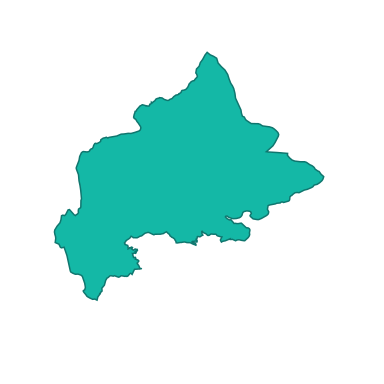 the district of Sopotu Nou, Caras-Severin, Romania, rotated 111°
{"feature_id": "2599482B45172043222340", "entity_name": "Sopotu Nou", "entity_type": "district", "adm_level": 2, "iso_a3": "ROU", "parent_name": "Romania", "parent_adm1": "Caras-Severin", "projection": "albers", "projection_center": [21.877, 44.803], "detail": "fine", "context": "isolated", "style": "filled", "palette": "teal", "viewbox_px": 384, "rotation_deg": 111, "n_neighbors": 0, "source": "geoboundaries", "source_scale": "gbopen_adm2", "svg_char_len": 6091}
<svg xmlns="http://www.w3.org/2000/svg" viewBox="0 0 384 384"><g transform="rotate(111 192 192)"><path d="M288.2,301.6L288.4,297.5L290.8,295.0L290.9,293.8L289.4,291.6L296.1,286.0L309.2,277.4L310.1,276.6L310.5,274.4L310.6,272.1L310.5,271.2L309.5,269.0L309.4,266.0L310.0,264.2L315.6,259.5L318.3,257.9L319.4,257.3L321.8,257.1L323.0,258.1L323.8,257.8L324.5,256.8L325.9,254.3L326.9,252.9L327.2,252.0L327.6,249.4L327.8,246.3L326.8,244.4L327.0,241.9L323.7,242.3L320.7,241.5L320.1,241.7L320.1,241.3L317.9,241.2L317.4,240.7L317.0,240.5L316.1,240.7L314.2,241.7L310.4,240.4L305.4,240.9L302.9,240.5L301.8,239.6L299.8,238.6L299.2,237.7L298.9,235.9L298.6,235.0L297.9,234.4L297.9,231.3L297.8,230.0L297.2,229.2L295.9,228.4L295.4,227.6L294.8,224.3L294.2,223.5L294.2,222.6L293.5,221.8L290.5,220.7L289.9,220.2L289.9,219.5L290.4,218.4L284.8,218.0L282.7,213.6L282.7,213.3L282.1,212.5L281.9,212.0L281.7,212.0L281.9,213.5L280.7,214.4L279.7,215.4L279.3,216.0L279.1,216.7L278.1,217.7L277.7,217.3L277.3,217.4L275.5,216.9L275.2,217.3L274.8,218.4L275.1,219.0L274.7,219.8L275.0,220.8L273.6,221.1L273.3,221.5L274.1,223.1L272.8,224.0L272.3,224.7L271.8,224.7L270.8,225.5L270.7,224.9L270.1,224.5L269.6,223.8L269.6,222.8L269.4,222.6L268.5,222.5L268.4,223.3L268.1,223.7L267.6,223.4L267.4,222.6L266.3,222.0L265.9,222.1L265.2,222.6L265.2,222.9L265.8,223.2L265.9,223.6L265.5,224.3L265.9,225.0L267.2,225.7L267.3,226.0L267.1,226.7L266.7,227.3L266.9,227.9L266.7,228.3L266.2,228.3L265.3,227.7L265.0,228.5L266.2,229.8L266.4,230.3L267.1,230.4L267.9,231.2L267.2,231.3L267.0,231.8L265.9,232.1L264.9,232.9L265.0,235.6L264.7,235.6L263.7,236.8L261.8,236.1L261.1,236.2L257.5,233.6L255.1,233.0L255.5,230.6L255.7,230.4L254.4,226.8L253.4,225.9L252.0,224.8L251.0,223.3L247.3,221.1L245.4,218.5L245.3,217.0L245.6,213.4L245.6,212.2L244.7,211.4L242.7,206.4L240.9,203.6L240.1,203.2L238.3,201.6L239.3,199.3L239.7,197.8L240.8,196.8L241.0,195.9L241.5,194.6L241.5,193.6L241.9,192.1L242.3,191.2L242.9,190.7L243.9,189.3L245.1,188.6L244.9,187.6L243.3,184.8L242.8,183.6L242.1,182.6L241.2,180.7L241.1,178.7L240.1,175.9L240.0,174.3L240.2,173.5L240.3,171.4L240.1,170.9L240.3,170.2L240.3,169.3L239.9,169.3L238.5,170.6L238.6,171.9L238.8,172.9L238.8,173.5L238.4,174.1L237.9,173.8L237.8,173.3L236.3,170.8L236.3,170.4L237.1,170.0L236.7,169.4L235.2,170.0L234.6,171.3L233.5,170.7L232.7,170.8L232.2,171.0L231.7,171.0L231.4,170.6L231.2,169.1L230.6,168.1L229.5,167.5L228.4,166.4L227.2,167.9L225.3,168.7L225.0,168.3L225.5,167.5L225.9,166.6L225.9,164.3L226.9,161.8L226.7,161.2L226.3,160.5L224.4,159.2L223.5,156.1L223.0,155.3L222.9,154.3L223.6,153.2L223.8,152.6L223.5,149.2L223.2,148.0L226.6,148.3L227.3,147.7L228.2,146.6L227.0,145.6L225.6,143.4L222.2,139.8L222.7,139.8L222.4,138.6L221.7,137.4L221.9,133.8L220.7,132.8L219.7,131.0L219.4,128.5L218.9,126.2L218.6,125.3L214.6,123.3L213.2,122.9L212.1,122.8L210.7,123.0L209.8,123.7L206.7,124.3L205.7,125.3L205.4,127.0L205.9,128.0L205.7,129.1L203.4,134.7L203.9,135.8L204.9,137.4L205.4,138.7L205.7,140.3L206.3,141.5L205.2,143.3L204.0,145.8L204.7,147.1L204.3,149.9L203.3,151.9L202.7,151.9L202.2,151.3L201.9,150.4L202.4,149.1L202.5,147.6L202.4,146.5L202.5,145.3L201.9,143.4L200.9,141.2L199.0,138.5L197.8,137.6L196.0,137.0L193.0,137.2L191.7,136.5L190.0,134.1L189.4,131.7L189.4,130.2L190.8,128.9L193.1,129.4L193.9,128.8L195.2,125.3L194.4,121.3L193.9,119.9L191.8,117.7L187.3,114.0L185.7,113.1L184.3,113.0L183.0,113.3L181.1,115.4L177.4,116.1L176.3,114.9L173.2,109.9L172.1,108.8L170.6,105.7L169.6,105.2L168.9,104.2L169.0,102.8L166.1,98.9L165.3,98.2L164.8,98.1L164.1,98.1L161.6,98.8L160.8,98.6L160.0,98.2L159.5,97.6L158.4,97.2L155.9,95.7L154.8,93.8L154.3,91.8L149.9,87.8L148.2,85.3L145.1,82.1L143.9,81.1L141.7,80.4L140.0,77.9L137.7,76.2L135.0,74.8L133.4,74.4L130.5,74.5L129.8,76.0L129.4,77.5L127.3,80.7L127.3,82.2L126.5,85.3L125.6,86.3L125.0,87.4L124.4,89.5L124.3,91.7L123.3,95.8L123.4,97.7L124.9,101.6L126.3,107.1L126.3,110.0L125.2,113.1L123.6,116.0L121.7,116.6L124.4,125.9L127.3,135.1L127.7,137.0L119.9,133.0L116.1,132.2L108.9,131.4L107.2,131.7L105.7,133.1L104.6,135.4L103.7,137.8L103.2,139.9L103.4,143.0L105.0,149.7L104.8,151.1L104.4,152.4L104.5,154.6L106.9,161.3L105.6,167.0L104.9,168.3L103.3,170.0L103.2,172.1L100.7,174.1L97.9,175.7L88.8,185.0L84.5,187.3L80.5,190.1L78.4,192.3L76.6,194.8L73.2,197.9L69.5,200.8L66.3,205.0L64.5,209.5L62.2,213.9L58.3,216.9L57.6,220.5L57.4,224.2L56.2,227.9L59.3,228.9L64.6,229.6L68.1,230.6L72.1,230.4L75.6,231.9L79.5,231.1L80.1,230.1L81.9,228.5L83.0,228.5L85.8,229.6L87.1,229.8L88.1,231.2L89.4,232.4L90.5,232.6L91.4,233.2L92.3,233.4L94.5,233.4L96.0,233.6L98.4,234.5L99.9,236.1L100.1,236.7L100.9,237.8L101.8,238.0L103.0,237.9L103.8,238.4L104.9,239.5L105.5,239.3L106.8,240.8L107.1,241.6L109.5,243.2L111.9,244.1L113.6,246.0L114.8,246.6L115.4,248.0L115.5,251.2L114.9,253.6L115.6,256.3L116.3,256.5L117.0,257.8L117.8,258.6L118.3,259.0L120.2,259.4L121.9,260.6L123.1,261.1L123.1,261.5L122.8,262.1L124.0,261.8L125.2,262.5L125.3,262.9L126.7,262.7L127.1,262.9L127.6,264.1L127.8,265.3L128.0,265.3L128.2,265.8L128.0,266.5L128.3,269.5L128.7,270.0L129.6,270.6L130.2,271.3L134.8,273.0L136.4,273.1L137.1,274.0L138.9,273.7L140.0,273.8L143.1,273.3L143.3,272.9L144.0,272.4L144.2,271.8L144.1,271.1L144.3,270.6L146.0,268.5L146.7,267.2L149.2,263.7L150.4,262.7L152.6,262.5L154.1,263.4L154.6,264.0L156.9,266.8L159.2,269.9L160.1,272.6L162.1,276.1L163.4,278.9L166.7,282.3L170.7,289.0L171.8,290.0L171.6,291.7L172.5,292.6L173.5,294.2L175.8,295.8L177.5,295.5L178.8,296.2L180.5,297.8L181.1,298.6L181.0,299.3L181.6,300.1L183.7,300.5L185.8,300.3L187.3,300.7L187.8,301.5L189.0,302.3L189.8,302.2L191.0,302.6L192.2,304.2L193.2,308.0L193.7,308.5L194.9,309.3L199.1,309.6L203.0,308.8L210.6,308.8L211.7,308.4L216.5,304.2L222.0,301.5L226.2,298.8L230.5,296.4L238.2,292.6L239.5,292.7L245.6,290.5L246.7,290.4L247.8,291.3L248.7,291.8L250.5,291.4L252.0,290.6L253.7,291.0L254.6,291.9L255.8,292.4L255.6,293.7L252.3,300.1L253.2,301.3L258.2,301.8L259.7,302.5L259.9,304.3L260.9,305.3L264.8,304.4L268.0,304.2L272.3,305.7L276.7,306.5L278.6,306.1L280.6,304.9L282.4,303.5L284.1,302.6L288.2,301.6Z" fill="#14b8a6" stroke="#0f766e" stroke-width="1.5"/></g></svg>